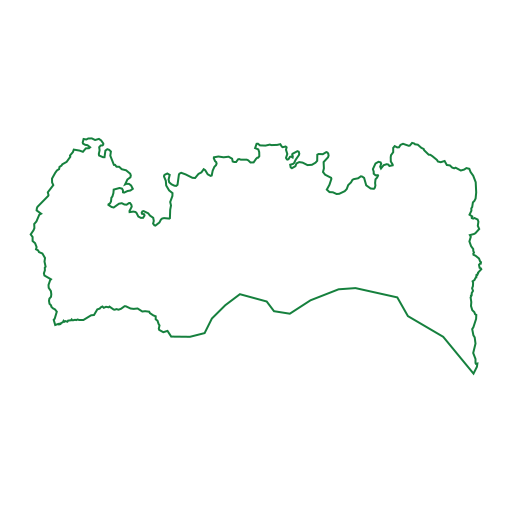 the district of Assin North, Central, Ghana
{"feature_id": "2480657B44214183650816", "entity_name": "Assin North", "entity_type": "district", "adm_level": 2, "iso_a3": "GHA", "parent_name": "Ghana", "parent_adm1": "Central", "projection": "albers", "projection_center": [-1.35, 5.826], "detail": "fine", "context": "isolated", "style": "outline", "palette": "green", "viewbox_px": 512, "rotation_deg": 0, "n_neighbors": 0, "source": "geoboundaries", "source_scale": "gbopen_adm2", "svg_char_len": 6024}
<svg xmlns="http://www.w3.org/2000/svg" viewBox="0 0 512 512"><path d="M171.2,336.6L190.0,336.8L204.6,333.1L211.9,318.5L225.3,305.2L239.9,294.2L266.7,301.5L274.0,311.2L289.8,313.7L310.5,300.3L338.6,289.3L355.5,288.1L397.3,297.4L407.9,316.1L443.2,336.8L473.5,373.6L476.9,366.8L477.4,363.5L475.9,363.8L475.5,363.0L475.5,359.0L473.2,353.0L475.5,343.6L474.7,337.4L473.4,335.3L472.2,329.1L473.4,327.2L476.1,318.9L476.3,314.9L475.1,314.2L474.3,312.1L472.3,310.2L471.0,306.0L471.3,302.1L470.6,297.4L471.2,296.3L471.0,295.5L471.7,295.1L471.7,293.1L473.0,290.9L472.1,288.2L472.9,286.2L473.1,282.8L472.6,281.3L474.4,280.1L475.8,277.4L476.3,277.3L476.3,276.0L477.0,275.3L476.6,274.9L478.1,273.6L478.0,272.7L481.3,269.2L480.9,268.4L479.6,267.8L479.0,264.8L479.9,263.7L480.7,263.7L481.0,262.2L480.1,261.4L479.0,258.5L475.5,255.7L473.5,254.8L473.3,253.7L474.0,252.5L473.3,251.0L473.2,249.0L471.1,246.2L469.4,241.4L470.8,236.8L469.9,235.1L474.0,234.0L475.4,233.2L479.2,229.0L477.8,225.8L478.4,221.7L477.6,219.5L474.4,218.0L473.2,218.6L471.8,218.1L471.7,217.2L472.2,216.4L469.5,214.7L471.4,210.7L471.3,208.4L472.2,207.0L472.9,202.4L474.4,200.9L475.6,198.5L476.2,192.5L475.7,182.2L473.2,175.7L470.6,172.1L469.3,168.8L466.4,168.1L464.1,169.6L460.8,170.5L455.6,167.7L454.2,168.3L452.2,167.6L449.9,165.4L446.8,165.0L444.6,161.0L440.7,162.2L437.9,161.5L436.9,159.9L432.4,156.2L430.3,154.8L428.7,154.7L424.1,150.2L423.7,149.0L421.3,147.8L417.8,144.7L415.0,144.3L414.2,143.5L412.1,142.9L409.8,145.6L408.8,145.8L403.0,143.8L400.5,144.9L399.0,147.3L397.2,147.4L394.7,146.1L393.2,147.9L393.2,152.2L391.0,155.2L390.7,157.3L390.8,161.5L392.7,164.6L392.7,165.3L389.4,166.0L388.4,164.6L386.7,164.2L383.6,165.2L381.0,168.5L380.2,166.7L381.2,163.7L380.6,162.4L378.5,161.8L375.5,163.5L372.9,169.1L373.7,171.7L373.7,173.7L375.5,175.3L377.9,175.2L378.1,175.6L377.0,177.7L375.5,179.3L375.1,183.0L375.4,185.5L374.8,187.8L373.9,188.8L370.6,188.5L366.2,185.3L364.1,177.9L362.2,176.6L360.9,176.3L358.1,178.3L353.9,179.1L352.5,179.8L351.0,182.4L348.2,185.1L346.7,189.1L344.7,191.2L339.2,193.8L336.6,194.0L332.9,192.3L329.5,192.1L326.8,189.6L329.4,184.9L331.4,178.9L331.1,177.8L325.1,174.7L323.0,172.0L323.9,168.4L323.6,162.1L328.0,157.3L328.6,155.6L328.2,153.5L327.4,152.5L326.3,152.1L322.8,154.2L318.6,154.0L317.3,154.7L317.2,160.8L315.5,162.7L311.9,164.8L307.5,165.1L302.6,162.6L299.2,162.1L296.5,163.4L295.4,166.2L291.9,168.2L290.7,167.4L290.2,164.7L293.1,163.9L294.1,163.0L295.7,159.7L298.9,155.1L299.3,153.7L298.7,151.7L297.4,151.2L292.5,153.8L292.2,154.5L292.8,156.5L292.6,157.5L291.1,156.6L290.0,156.8L288.5,159.2L287.6,159.6L286.9,159.4L286.0,157.9L287.3,154.0L286.0,149.8L286.6,147.3L285.6,146.5L282.7,147.2L281.8,146.6L280.3,144.2L277.2,144.9L271.3,145.1L269.8,144.6L265.5,145.6L260.0,145.4L257.9,143.7L256.6,143.8L255.1,148.1L258.3,149.4L259.2,152.1L259.3,156.2L258.2,157.7L257.3,157.7L256.1,158.8L253.6,162.4L250.5,162.5L248.2,160.3L246.8,159.7L240.9,159.7L239.2,159.1L238.1,159.3L236.1,162.0L234.2,162.0L232.7,161.5L232.1,158.7L228.6,156.7L223.6,157.3L218.4,156.5L213.9,157.3L213.8,158.3L215.1,161.2L216.2,162.1L216.6,163.6L216.0,165.2L214.4,166.8L212.7,170.6L211.7,175.5L210.6,175.9L207.7,174.3L205.2,170.2L203.7,169.2L201.4,172.4L198.5,173.9L195.1,178.0L192.4,177.8L185.6,174.4L181.2,172.8L179.4,173.7L178.9,174.7L177.5,184.8L176.2,185.9L174.4,185.7L171.5,184.3L169.2,182.3L168.6,179.5L169.7,174.9L167.3,173.5L165.0,174.6L164.2,175.3L164.0,176.5L165.8,180.8L166.2,185.5L169.1,190.4L172.5,193.1L172.4,196.0L170.2,202.0L171.0,205.5L170.2,209.7L169.9,218.2L169.3,218.6L164.1,218.1L162.2,218.5L160.9,219.6L159.4,222.5L155.4,225.6L154.4,225.3L153.1,223.6L153.8,220.9L153.2,217.8L150.0,215.6L148.2,213.3L143.6,211.1L142.4,211.4L141.7,212.7L141.9,213.7L144.2,214.3L144.5,215.6L143.1,217.8L140.9,217.9L138.3,216.5L136.6,213.1L135.5,212.0L133.3,211.6L129.6,212.1L129.5,211.0L131.7,206.7L131.4,204.9L130.0,203.0L129.1,203.0L126.6,204.7L124.4,204.5L121.8,203.2L119.0,203.7L113.7,207.5L111.6,207.0L108.4,204.9L108.5,204.3L110.0,203.4L111.0,201.5L111.4,197.7L112.4,196.5L113.4,193.1L113.7,189.6L119.5,188.0L122.0,188.6L122.9,190.2L123.0,192.3L124.1,192.6L127.6,191.0L130.4,190.5L132.8,188.8L131.1,185.5L129.0,183.9L126.4,183.8L125.1,184.4L127.4,179.5L130.4,177.3L130.8,175.5L130.2,173.7L126.1,170.3L121.7,169.2L119.2,166.8L116.5,166.7L115.1,164.9L113.9,164.9L110.3,155.7L110.9,151.5L109.1,149.8L107.3,149.2L105.4,150.6L104.5,157.2L103.0,157.2L99.1,155.5L98.8,154.0L99.6,150.3L99.2,147.2L100.7,145.5L102.5,145.4L103.2,144.7L103.3,143.5L101.1,140.4L98.9,138.9L95.1,140.0L91.8,138.4L88.2,138.5L86.3,139.5L83.6,139.0L82.7,142.5L83.0,143.6L85.1,144.8L87.5,145.2L90.1,147.3L89.0,148.2L85.8,148.4L82.9,151.8L79.6,150.6L73.8,149.6L72.9,152.1L70.0,155.5L70.3,156.8L66.6,161.9L62.3,164.3L61.5,165.6L59.5,166.9L59.1,169.1L57.0,170.4L55.3,172.7L52.0,178.6L52.1,182.5L53.3,185.1L47.8,192.3L48.5,195.1L48.2,195.9L37.5,206.8L36.9,208.1L36.6,210.4L41.1,213.7L39.3,214.7L36.4,221.5L34.2,224.0L34.4,228.1L33.5,230.3L30.7,234.4L32.6,237.0L32.6,241.0L35.1,243.2L36.6,247.1L36.0,249.3L38.1,250.4L39.0,252.1L42.4,253.5L45.0,258.0L44.5,261.6L45.6,266.7L44.8,267.7L44.9,270.3L43.9,273.3L44.4,275.5L51.0,279.3L50.1,280.3L48.5,285.0L48.7,287.8L50.9,291.1L51.3,294.3L51.0,296.8L49.4,298.6L49.0,300.8L49.5,303.8L51.1,305.4L51.3,306.7L52.9,308.3L55.0,309.4L56.8,311.7L54.7,318.7L53.7,319.8L55.2,325.0L58.4,323.9L59.0,323.8L59.1,324.4L60.4,324.1L60.4,323.5L63.0,322.1L63.6,320.8L64.5,321.7L65.3,321.1L67.4,321.7L68.1,320.6L70.9,320.3L71.6,319.5L72.0,320.2L73.0,320.3L75.0,319.8L76.3,320.1L77.5,319.5L79.2,320.0L83.4,320.0L91.1,315.3L94.0,315.0L97.3,309.4L99.7,308.6L100.7,307.4L102.4,306.5L103.8,307.8L106.0,306.8L108.7,307.3L109.5,306.6L113.6,309.5L114.7,309.7L116.5,309.1L118.5,309.7L121.0,308.8L124.6,306.2L125.9,306.3L130.5,308.5L133.6,308.9L137.6,308.5L142.3,311.5L145.1,311.2L149.2,311.7L149.9,313.1L153.3,315.4L155.7,316.3L155.7,319.3L157.5,320.7L158.6,324.0L159.5,325.4L158.8,328.7L159.2,329.9L163.3,332.2L167.5,330.9L171.2,336.6Z" fill="none" stroke="#15803d" stroke-width="2"/></svg>